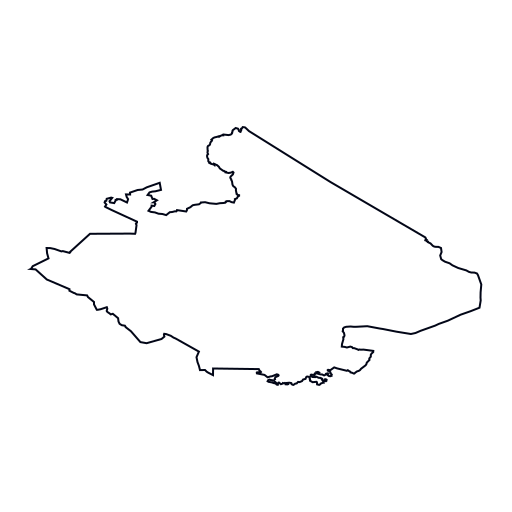 Mākoņkalna pag., Rezeknes, Latvia
{"feature_id": "27541924B30700512911719", "entity_name": "Mākoņkalna pag.", "entity_type": "district", "adm_level": 2, "iso_a3": "LVA", "parent_name": "Latvia", "parent_adm1": "Rezeknes", "projection": "equal_earth", "projection_center": [27.387, 56.276], "detail": "fine", "context": "isolated", "style": "outline", "palette": "ink", "viewbox_px": 512, "rotation_deg": 0, "n_neighbors": 0, "source": "geoboundaries", "source_scale": "gbopen_adm2", "svg_char_len": 6100}
<svg xmlns="http://www.w3.org/2000/svg" viewBox="0 0 512 512"><path d="M129.9,233.6L90.0,233.8L69.4,252.5L69.8,252.7L69.6,252.9L62.8,251.1L61.4,251.4L54.6,249.0L50.3,248.1L46.6,248.0L47.1,253.3L48.5,258.4L32.7,266.2L31.1,268.8L30.7,269.0L35.6,269.4L46.8,279.5L69.5,289.2L69.4,290.7L73.9,293.0L74.6,293.1L76.7,294.4L87.1,295.4L88.0,297.1L94.0,302.0L94.0,304.4L96.8,309.8L97.7,309.8L100.7,309.2L106.8,307.2L107.3,308.7L106.7,310.9L106.9,311.4L107.6,312.1L109.7,313.5L110.7,314.4L112.8,313.8L118.1,318.2L118.5,321.5L119.6,323.8L121.8,325.2L124.9,325.7L125.6,326.8L125.6,327.1L130.9,331.2L140.4,342.1L146.6,343.2L161.5,339.0L164.4,336.6L163.9,334.7L164.2,333.8L166.2,334.1L170.8,335.8L173.5,337.6L175.6,338.5L198.9,351.6L196.5,357.2L197.5,362.1L198.9,365.8L200.0,370.1L205.0,370.0L206.7,371.7L208.3,372.7L213.0,375.1L213.1,368.5L258.8,369.1L259.2,370.1L259.6,370.5L259.5,370.9L259.8,371.3L260.6,371.5L261.0,372.0L260.6,372.4L260.2,372.5L259.8,371.9L259.5,371.8L258.7,372.5L257.1,372.3L256.8,372.5L256.9,373.4L264.5,374.9L267.6,377.3L270.6,376.4L271.9,376.3L276.8,374.3L278.3,374.8L278.6,375.3L278.3,375.9L275.4,377.2L274.7,378.8L275.0,379.3L273.8,380.4L273.1,380.6L272.3,380.2L270.7,380.0L269.4,379.6L268.3,380.1L268.3,380.7L267.8,380.9L267.6,381.2L268.5,381.8L271.8,382.4L274.1,383.2L274.8,382.9L274.7,381.9L275.3,382.0L276.1,382.8L275.7,383.4L275.7,383.7L276.3,383.9L276.5,384.4L277.2,384.8L277.9,384.7L277.9,384.0L278.2,383.1L278.4,382.7L278.9,382.5L280.9,384.2L282.6,383.6L282.9,383.0L284.0,383.3L284.9,382.9L285.4,383.2L285.6,384.3L287.3,384.4L288.0,384.2L287.3,382.9L289.4,382.7L291.3,383.1L291.6,384.2L292.8,384.8L293.5,384.9L295.1,383.7L296.7,383.4L298.1,381.9L299.6,382.1L302.0,381.1L303.1,379.5L305.5,378.9L306.2,377.1L307.1,376.5L308.6,376.8L309.7,377.4L309.9,378.4L309.6,378.9L310.1,379.7L310.0,380.7L312.6,382.2L316.5,381.8L316.9,382.2L317.0,382.8L317.1,384.4L319.2,384.9L320.1,384.4L320.7,383.6L322.7,382.8L323.6,382.7L323.3,381.9L324.4,381.1L326.0,381.2L326.4,380.9L326.6,379.7L325.9,379.3L325.1,379.2L324.7,380.1L322.8,380.6L322.4,380.3L322.3,379.7L321.9,379.4L322.2,378.8L322.0,378.6L320.4,377.9L318.7,377.8L316.3,376.7L315.8,376.7L315.4,377.1L312.5,377.0L310.6,376.0L310.7,375.0L311.2,374.6L314.4,375.1L314.8,374.6L314.6,373.8L314.8,373.4L316.4,373.4L316.8,373.0L316.4,372.2L317.9,371.9L318.9,372.4L317.5,373.3L317.6,373.6L320.5,374.4L322.3,374.5L324.0,375.4L324.5,375.3L325.3,374.8L325.9,373.8L327.8,373.3L328.1,373.9L327.2,374.5L327.3,374.9L329.0,376.1L330.6,376.2L331.5,375.8L331.2,375.3L331.7,374.5L330.3,373.2L330.5,372.4L330.1,371.9L328.9,371.0L327.8,370.6L327.7,370.1L328.1,369.8L330.3,370.2L334.2,367.4L337.1,368.4L346.9,370.8L347.8,370.2L348.9,371.0L350.3,371.7L350.5,372.4L352.5,372.9L353.6,373.5L354.4,373.5L355.3,372.6L357.0,371.4L358.7,370.9L360.0,370.1L361.0,368.8L365.6,365.3L366.4,364.1L366.8,362.6L369.5,359.9L369.2,359.0L369.6,358.0L370.8,356.7L370.8,354.8L371.5,353.6L373.2,352.1L373.3,350.9L371.9,350.7L363.5,349.6L360.8,349.7L359.4,349.5L358.4,349.9L357.9,349.5L354.1,348.1L352.8,348.1L352.0,347.1L350.3,346.6L346.9,347.5L344.7,346.9L341.8,346.6L342.0,344.1L343.4,339.2L343.2,337.2L344.1,336.7L344.5,335.3L344.0,333.0L342.7,331.2L343.0,330.9L343.0,328.6L344.2,327.4L346.2,326.8L350.5,326.5L353.7,326.8L355.9,326.8L367.3,326.2L379.6,328.5L382.9,329.0L396.6,331.7L410.9,334.0L415.5,333.0L420.6,330.8L435.2,325.6L438.8,323.9L447.8,320.7L460.6,314.7L470.6,311.2L479.5,307.7L480.7,300.4L480.5,297.6L480.6,292.3L481.3,284.5L478.0,275.2L477.0,273.5L474.5,272.6L471.2,272.5L469.0,271.9L466.3,270.4L458.2,268.0L452.4,265.3L449.6,263.3L445.0,261.7L442.5,260.2L441.2,259.2L440.2,255.5L441.6,252.0L441.0,248.0L438.5,246.9L435.2,246.8L433.8,246.4L432.8,245.8L430.5,243.4L428.0,242.2L428.0,241.6L426.5,241.2L426.3,240.4L426.7,239.9L426.2,239.6L425.5,239.8L425.9,238.5L425.3,237.4L330.6,182.1L249.0,131.1L245.2,127.5L244.5,127.3L242.7,127.1L241.9,128.4L241.1,128.7L240.9,129.2L241.3,130.0L240.5,131.9L240.1,131.8L238.9,130.9L238.7,129.8L238.0,128.7L235.7,128.0L232.8,130.2L232.5,130.7L232.5,131.8L232.0,132.4L232.1,133.1L231.7,133.8L230.7,134.6L228.6,135.1L223.3,134.5L223.1,134.6L223.2,135.3L221.6,135.3L219.2,136.7L219.0,136.2L216.8,136.9L214.6,137.4L213.3,138.0L211.4,139.7L212.0,140.3L211.6,141.2L210.9,141.8L210.3,142.8L210.1,144.0L209.9,144.7L209.1,145.4L208.1,145.9L207.7,146.5L207.5,147.3L207.6,150.3L207.9,150.9L207.5,151.9L207.5,152.8L208.1,154.1L207.1,155.2L207.1,156.7L207.5,158.0L208.3,159.1L208.3,161.2L208.8,161.9L209.4,161.7L209.0,162.0L209.1,162.4L209.9,162.3L210.4,162.9L209.9,163.2L211.0,163.8L213.7,164.5L214.2,164.9L214.1,163.8L214.7,164.0L214.8,164.3L217.0,165.1L218.9,166.8L219.8,168.4L223.2,170.8L224.0,170.9L224.4,171.4L225.9,171.8L225.7,172.4L228.6,173.0L231.0,172.6L232.8,171.8L233.5,172.5L232.9,174.4L230.9,176.3L230.4,177.0L230.3,177.6L230.6,178.5L231.3,179.4L231.3,180.1L232.0,181.3L232.5,184.7L233.3,186.2L234.9,187.3L236.0,188.8L235.9,190.3L236.6,193.9L236.9,193.9L237.1,194.5L237.8,195.0L239.1,195.2L239.1,195.8L237.9,196.5L236.8,198.4L234.9,199.1L235.0,199.8L233.9,202.6L231.4,202.1L229.5,201.1L226.9,201.1L226.2,201.4L226.4,201.6L225.3,202.7L223.4,203.0L219.9,203.2L216.4,203.9L209.6,203.3L205.1,202.2L201.0,202.5L201.0,202.8L199.0,204.3L194.9,204.8L192.9,205.2L192.0,205.8L190.4,207.2L187.0,208.8L186.9,210.3L186.2,211.5L177.0,210.1L176.7,211.0L176.3,211.4L174.9,211.3L172.2,212.0L169.8,212.2L166.2,215.1L162.4,214.0L158.5,213.7L154.9,212.4L151.0,211.9L148.5,210.8L151.5,206.8L151.6,205.6L154.3,206.0L155.4,204.0L154.4,202.3L153.7,202.3L156.9,200.3L154.1,198.8L152.5,199.0L151.2,195.7L147.6,195.0L149.5,192.4L152.2,191.6L155.3,191.3L161.0,189.9L159.7,182.8L146.8,187.3L142.6,189.5L137.6,190.0L130.0,192.6L130.1,194.5L126.0,194.4L126.7,197.0L128.1,199.1L127.0,202.5L120.4,199.3L117.0,199.1L116.8,199.9L115.6,199.9L115.5,200.8L114.2,203.1L110.0,202.4L109.5,201.2L112.2,197.9L111.2,197.6L106.7,198.8L106.3,200.8L105.0,201.2L104.6,202.5L106.4,204.5L105.0,206.6L105.3,206.9L111.6,210.0L137.0,221.7L137.0,222.4L136.8,222.4L135.9,223.8L136.5,225.0L136.5,225.4L135.5,232.7L135.1,233.8L129.9,233.6Z" fill="none" stroke="#020617" stroke-width="2"/></svg>